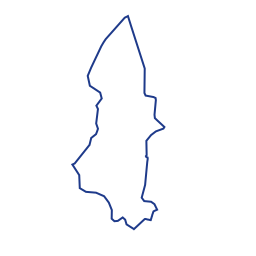 the district of Gao, Gao, Mali, rotated 317°
{"feature_id": "8926073B84061132695750", "entity_name": "Gao", "entity_type": "district", "adm_level": 2, "iso_a3": "MLI", "parent_name": "Mali", "parent_adm1": "Gao", "projection": "mercator", "projection_center": [-0.018, 16.371], "detail": "fine", "context": "isolated", "style": "outline", "palette": "blue", "viewbox_px": 256, "rotation_deg": 317, "n_neighbors": 0, "source": "geoboundaries", "source_scale": "gbopen_adm2", "svg_char_len": 1368}
<svg xmlns="http://www.w3.org/2000/svg" viewBox="0 0 256 256"><g transform="rotate(317 128 128)"><path d="M180.8,95.9L199.8,55.5L204.3,46.1L200.8,45.1L172.3,47.8L168.5,48.7L164.2,50.0L156.7,53.0L151.6,55.0L142.3,58.7L134.1,62.4L128.9,71.1L131.8,83.1L128.9,88.5L120.1,90.1L119.0,93.6L107.8,103.0L105.5,108.1L102.9,109.5L100.4,110.7L94.3,110.2L88.2,114.2L87.8,114.2L64.8,117.6L62.4,116.8L60.2,129.2L51.7,139.1L53.7,146.0L60.5,153.5L64.0,161.6L63.1,169.5L60.2,177.0L54.2,183.2L54.5,186.9L57.2,189.0L63.1,189.8L63.4,193.1L61.2,197.5L63.4,205.9L63.4,206.0L63.8,206.0L64.5,206.0L66.2,206.0L67.8,206.0L69.6,206.0L71.0,206.0L71.9,206.0L72.8,206.0L74.5,206.0L75.8,206.0L77.3,206.0L77.5,206.0L77.9,206.0L78.0,206.0L78.3,206.1L78.5,206.2L78.8,206.6L79.4,207.4L79.7,208.0L80.7,209.3L81.2,210.1L81.3,210.2L81.6,210.7L81.8,210.9L82.4,210.5L83.7,209.8L85.0,209.0L85.5,208.8L85.9,208.5L86.5,208.1L87.0,207.8L87.9,207.4L88.7,206.9L89.1,206.7L89.4,206.6L89.7,206.4L90.0,206.4L90.2,206.5L91.9,207.0L92.9,207.4L93.6,207.6L95.4,201.7L94.6,197.7L90.0,192.5L90.5,188.3L101.7,181.3L119.0,165.9L120.0,165.1L121.4,164.0L122.2,162.9L121.6,161.8L121.9,160.8L123.1,160.6L132.7,149.9L140.0,148.9L146.1,149.5L153.5,152.6L155.3,152.1L154.6,142.7L154.4,139.1L156.4,136.4L167.4,126.6L168.6,124.9L167.8,122.8L163.0,116.3L163.9,113.6L180.8,95.9Z" fill="none" stroke="#1e3a8a" stroke-width="2"/></g></svg>